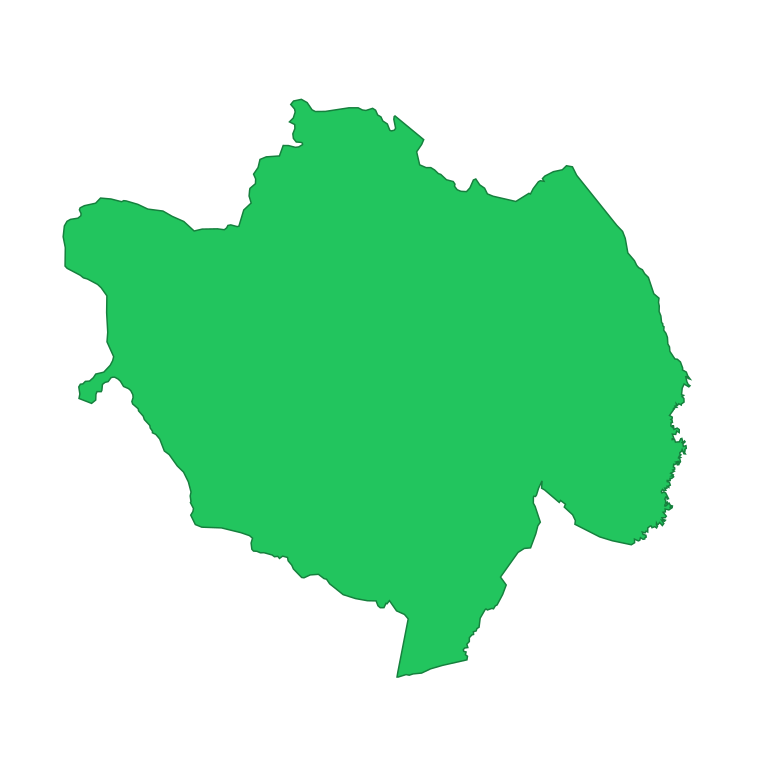 Facatativá, Cundinamarca, Colombia, rotated 353°
{"feature_id": "7082276B42545892213611", "entity_name": "Facatativá", "entity_type": "district", "adm_level": 2, "iso_a3": "COL", "parent_name": "Colombia", "parent_adm1": "Cundinamarca", "projection": "robinson", "projection_center": [-74.291, 4.831], "detail": "fine", "context": "isolated", "style": "filled", "palette": "green", "viewbox_px": 768, "rotation_deg": 353, "n_neighbors": 0, "source": "geoboundaries", "source_scale": "gbopen_adm2", "svg_char_len": 6145}
<svg xmlns="http://www.w3.org/2000/svg" viewBox="0 0 768 768"><g transform="rotate(353 384 384)"><path d="M322.1,112.3L327.0,115.6L326.7,119.6L324.0,124.6L324.0,129.2L326.4,133.1L331.3,134.1L332.3,134.9L332.3,136.5L328.2,138.3L324.9,138.3L318.2,135.7L313.0,135.0L308.0,144.9L294.8,144.2L288.3,146.0L285.4,153.8L280.1,159.8L281.6,164.8L280.8,169.5L274.8,173.5L274.2,175.4L273.0,181.0L274.2,188.2L266.0,194.2L259.2,209.7L257.5,209.9L251.3,207.4L248.4,207.6L246.8,209.9L244.3,211.4L237.6,209.7L222.4,208.1L214.2,209.0L205.1,198.3L194.2,191.8L185.7,185.4L170.9,181.6L161.6,175.7L150.5,170.9L148.0,170.3L145.8,171.1L135.6,167.1L125.3,164.9L119.8,169.4L108.3,170.5L103.9,172.1L102.9,174.0L104.1,178.0L103.6,180.1L100.4,182.1L92.8,182.4L89.2,183.9L86.0,188.2L83.5,198.8L84.3,209.8L81.8,228.1L83.6,230.6L95.7,239.0L98.6,242.0L102.4,243.6L111.8,250.2L115.0,254.0L119.7,262.7L117.4,279.4L116.1,299.0L114.2,308.4L119.0,323.9L117.5,327.8L114.5,332.1L107.3,338.1L99.1,339.0L96.3,342.3L92.1,345.2L87.9,345.0L85.1,347.2L82.6,347.2L80.7,349.7L80.9,356.9L79.5,361.2L91.4,367.6L95.9,364.8L96.8,359.2L98.2,356.6L102.4,357.1L103.2,355.9L104.5,350.1L107.3,348.4L110.5,348.0L113.8,344.5L115.5,344.2L117.5,344.4L120.6,346.6L122.7,349.1L125.2,354.7L129.8,357.4L131.8,359.6L133.4,364.0L133.3,366.9L131.6,370.7L132.1,373.2L137.0,378.6L137.1,380.7L141.1,386.6L141.8,390.1L146.5,396.6L146.6,399.2L148.4,402.5L148.2,404.2L151.4,406.2L154.7,411.3L157.8,423.7L162.2,427.9L168.8,440.1L174.3,447.0L177.9,457.3L179.3,467.7L178.0,471.5L178.1,477.1L177.4,478.1L179.7,484.3L178.8,487.3L176.2,490.6L179.6,500.5L185.7,503.9L205.1,507.0L223.8,514.1L232.0,518.1L234.7,521.0L232.7,525.7L232.7,531.9L234.1,533.9L237.5,534.6L240.8,536.5L244.3,536.8L252.2,540.1L254.2,542.1L257.6,542.1L259.0,544.4L262.4,542.5L267.1,544.4L267.3,547.8L270.4,552.6L271.5,556.5L278.7,566.0L281.0,566.6L287.5,564.5L295.7,564.9L300.7,569.8L303.2,570.8L305.7,575.7L317.8,588.1L329.6,593.5L341.2,597.1L349.7,598.3L351.0,603.4L353.0,605.6L356.7,606.0L359.3,601.9L360.2,602.5L363.0,599.7L368.8,610.7L376.2,615.2L379.4,620.1L362.6,671.7L361.2,676.4L362.3,676.6L370.5,675.1L373.6,676.1L377.5,675.3L386.1,675.5L395.5,672.4L407.8,670.4L432.7,667.9L433.7,664.4L431.8,662.6L432.8,660.0L430.6,659.1L430.3,657.4L431.8,655.9L435.1,655.8L434.5,652.4L437.3,650.0L437.8,646.2L440.7,643.7L442.4,643.5L442.5,640.8L445.4,640.3L446.4,638.1L448.7,637.0L450.9,628.2L456.9,620.2L457.8,619.7L459.1,620.9L463.7,619.9L465.3,620.5L467.5,617.7L469.3,617.1L476.1,607.4L480.8,598.4L476.1,589.8L496.5,567.5L503.2,564.3L509.5,564.5L516.4,551.2L519.4,543.5L522.3,540.2L519.1,524.0L517.7,520.5L518.5,514.6L518.9,513.7L520.6,514.1L521.8,512.8L524.8,506.1L529.1,499.4L527.7,506.6L530.5,508.7L543.5,522.9L545.1,521.1L549.5,525.5L547.9,528.1L555.3,536.8L557.3,542.9L556.4,546.5L579.4,562.0L591.5,567.4L609.9,573.7L613.4,572.1L613.7,568.5L617.3,570.7L618.8,570.3L619.8,567.8L622.2,569.7L623.9,569.6L624.4,568.2L625.6,567.9L625.5,566.0L622.8,564.9L622.3,562.4L624.9,563.6L626.2,562.0L627.7,563.0L628.3,558.9L631.0,557.4L631.9,557.6L632.5,559.3L635.4,558.6L637.0,560.1L638.1,558.5L637.2,556.9L637.5,555.3L638.0,556.7L639.0,556.8L640.7,555.1L643.0,558.4L644.7,556.6L643.0,553.0L645.7,554.4L646.7,553.5L644.2,552.3L643.6,550.6L646.7,551.0L648.1,549.6L645.4,545.3L647.7,545.2L647.8,542.4L651.4,543.7L654.9,541.9L655.4,540.2L654.7,539.9L654.1,541.2L653.1,541.2L653.7,539.8L652.4,536.9L648.7,539.5L647.8,539.2L648.4,537.6L650.9,536.5L650.7,535.7L649.8,536.7L649.0,535.9L649.4,534.2L648.7,532.5L649.9,530.5L650.8,530.9L651.0,532.8L652.4,532.5L650.3,526.5L648.5,525.4L646.6,526.0L646.1,524.6L647.6,522.6L648.8,524.0L650.8,523.9L650.0,521.6L652.1,521.9L652.6,520.0L654.1,521.3L654.4,519.6L655.8,519.3L655.3,516.4L653.2,515.4L653.3,514.3L656.3,514.7L656.4,512.6L658.0,512.8L660.2,511.4L659.9,510.5L658.2,510.3L659.9,509.3L657.7,507.5L661.6,505.9L660.2,504.5L662.2,503.9L662.2,502.4L661.1,501.8L661.7,499.0L662.8,499.4L664.7,498.3L665.3,500.0L666.8,500.0L667.4,498.8L664.4,497.0L666.6,496.6L668.1,498.0L668.8,497.3L668.4,493.9L666.7,493.1L669.4,493.0L668.1,491.7L670.1,490.5L669.0,489.5L669.3,488.1L671.2,487.0L671.9,485.5L673.2,489.8L674.6,490.1L673.7,487.8L674.7,487.2L674.6,485.7L676.2,484.7L676.2,482.0L673.5,482.5L673.4,479.8L675.8,478.1L675.3,477.2L673.8,478.7L672.6,478.4L673.5,477.7L673.0,474.3L671.9,474.5L670.1,477.4L666.2,477.2L665.6,474.4L663.2,474.3L663.4,473.5L665.1,473.5L664.1,468.9L667.4,469.6L668.7,466.4L671.1,468.2L671.5,465.2L669.6,463.5L666.3,464.4L666.2,460.7L665.3,460.6L665.0,462.1L663.6,460.5L664.3,457.3L665.6,457.3L665.5,455.1L664.5,454.2L665.7,453.7L666.1,452.0L663.5,450.0L667.8,445.4L668.4,443.6L669.1,444.1L669.9,442.6L671.5,442.8L670.2,441.4L671.7,441.1L671.7,439.3L672.7,441.0L674.1,439.5L676.5,441.1L676.8,440.0L679.6,438.5L679.9,434.9L678.3,432.9L680.0,431.8L678.0,430.9L679.5,424.4L681.9,420.6L686.2,424.0L687.5,423.0L685.9,421.6L684.9,418.6L684.4,413.5L685.7,413.5L686.4,415.5L688.5,416.5L686.5,413.0L685.5,409.0L682.0,406.4L682.4,404.6L680.9,398.2L678.2,395.2L675.8,394.6L671.7,386.4L671.9,382.0L670.6,378.8L671.0,372.3L670.0,368.0L668.2,364.8L668.9,361.3L667.8,360.2L668.0,358.0L667.0,356.8L667.1,350.2L665.9,345.6L666.7,340.2L666.4,336.6L667.4,332.3L662.8,327.3L659.4,310.4L656.1,306.2L654.4,302.1L651.0,299.6L649.3,297.1L647.6,292.1L642.0,283.6L641.2,268.8L639.4,261.6L634.3,254.8L600.7,200.4L597.5,191.4L591.7,189.6L587.1,193.1L578.0,193.9L569.0,197.2L566.3,199.4L567.5,202.3L563.9,201.3L561.9,202.1L555.9,208.3L552.5,213.3L551.1,212.4L537.1,218.9L515.1,210.9L509.8,207.9L507.7,201.9L503.3,198.0L500.1,191.7L497.6,192.4L493.2,199.8L489.3,203.1L483.8,202.1L480.3,200.1L478.1,196.3L478.8,194.3L477.4,191.5L470.9,188.9L465.9,182.9L463.6,181.8L460.3,177.7L456.8,174.9L452.2,174.4L446.1,170.8L444.7,157.5L450.6,150.8L453.2,146.3L427.6,119.3L426.7,119.8L426.0,122.5L426.7,131.5L425.3,133.3L422.2,133.7L420.7,132.9L419.0,126.3L414.9,122.8L413.5,118.5L410.5,116.2L409.0,111.2L406.3,109.0L399.4,110.3L396.0,109.4L392.0,106.7L383.1,105.6L359.0,106.3L349.1,105.2L346.0,103.1L342.0,95.3L336.7,91.4L328.7,92.1L325.5,95.2L328.7,100.1L329.0,103.2L326.4,108.9L322.1,112.3Z" fill="#22c55e" stroke="#15803d" stroke-width="1.5"/></g></svg>